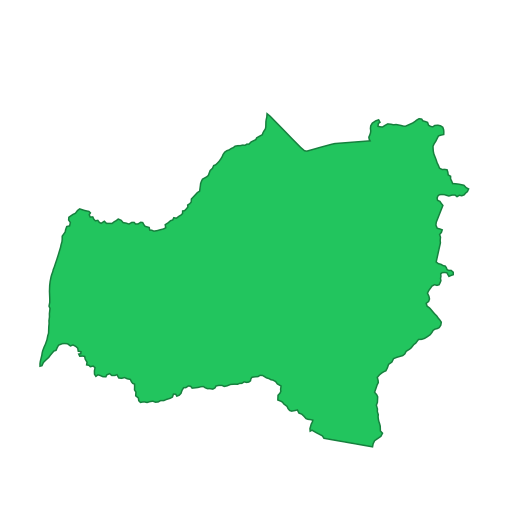 the district of Guaraí, Tocantins, Brazil, rotated 191°
{"feature_id": "56859067B33114689351252", "entity_name": "Guaraí", "entity_type": "district", "adm_level": 2, "iso_a3": "BRA", "parent_name": "Brazil", "parent_adm1": "Tocantins", "projection": "orthographic", "projection_center": [-48.435, -8.766], "detail": "fine", "context": "isolated", "style": "filled", "palette": "green", "viewbox_px": 512, "rotation_deg": 191, "n_neighbors": 0, "source": "geoboundaries", "source_scale": "gbopen_adm2", "svg_char_len": 6026}
<svg xmlns="http://www.w3.org/2000/svg" viewBox="0 0 512 512"><g transform="rotate(191 256 256)"><path d="M272.3,397.8L271.9,394.4L272.0,391.9L271.9,389.9L271.0,384.4L271.1,382.3L272.0,380.3L272.6,378.4L273.0,376.2L275.6,374.1L277.9,372.1L278.4,370.2L282.6,367.0L284.3,364.4L286.3,364.1L287.8,362.6L290.3,362.3L292.5,361.3L294.9,360.8L297.5,359.8L299.0,358.0L300.7,356.9L302.6,355.0L304.6,353.9L306.5,352.0L307.7,349.3L308.1,347.2L309.0,344.7L310.2,342.0L311.7,339.6L313.0,337.8L314.8,336.7L315.4,333.8L317.3,331.2L318.2,325.9L319.5,324.3L321.4,322.7L323.2,321.2L323.8,319.0L324.2,316.6L324.0,314.2L323.7,308.9L325.7,307.0L327.4,304.2L330.3,299.6L329.9,296.7L330.9,294.8L332.8,293.0L332.2,291.1L333.4,288.9L334.8,286.8L336.6,286.2L336.2,283.7L337.4,281.9L339.2,280.3L341.4,277.9L344.0,277.9L344.6,275.5L346.6,274.4L348.7,271.7L351.1,269.4L350.0,266.5L352.1,264.8L354.8,263.6L357.7,262.1L361.0,260.9L363.3,261.4L365.2,261.1L366.3,263.6L370.6,264.0L372.2,265.5L373.6,267.2L375.6,267.1L377.8,265.0L380.4,264.4L381.9,265.7L384.3,265.3L386.8,263.1L389.9,263.5L392.8,263.4L395.2,265.3L398.3,266.0L400.1,263.9L401.7,262.6L403.5,260.5L409.0,259.5L411.5,261.2L414.3,258.5L416.2,259.1L418.1,260.8L420.4,259.9L422.1,261.0L423.7,263.2L426.2,262.6L427.6,264.7L426.8,266.7L428.5,267.9L430.8,267.9L433.0,268.0L438.1,268.6L439.9,266.6L441.4,263.5L443.6,261.9L445.0,260.5L447.1,258.3L446.8,255.6L444.6,253.4L444.7,250.0L447.4,248.8L447.9,245.6L447.9,243.1L450.0,238.5L449.4,235.2L449.2,233.0L449.5,229.6L449.5,227.3L450.3,219.3L450.9,214.2L451.4,210.6L451.9,206.6L452.4,204.1L452.5,201.7L453.0,198.8L453.2,196.5L453.2,191.7L452.9,187.7L452.0,182.0L450.2,174.3L449.6,171.0L449.6,167.3L448.2,165.2L447.8,160.0L447.1,156.7L446.9,153.1L446.2,150.1L445.9,146.9L444.9,140.6L445.2,138.0L445.2,133.9L445.9,129.1L446.6,126.3L447.3,122.2L447.4,119.9L447.3,117.8L447.6,111.4L447.5,109.1L447.0,106.6L445.2,107.5L444.4,110.9L442.5,113.7L440.1,116.9L439.0,119.3L437.5,122.0L436.2,124.2L434.3,125.2L433.7,128.0L432.8,130.8L429.4,133.0L427.0,133.6L424.3,133.9L421.0,132.3L418.7,133.8L415.5,132.8L413.4,131.5L412.3,128.6L409.6,128.7L409.3,126.7L411.3,125.9L409.9,124.0L407.1,124.7L405.0,124.7L404.0,122.2L401.6,119.5L401.5,116.8L399.1,116.8L397.5,115.7L394.9,116.9L392.7,115.7L392.7,112.4L392.0,109.2L390.2,107.3L388.5,109.2L386.4,109.0L383.2,108.3L380.3,108.8L379.8,110.8L377.3,112.6L374.8,111.2L371.7,111.8L369.9,113.0L367.4,110.1L364.6,110.3L361.8,111.6L359.0,110.9L355.8,110.9L354.3,108.8L352.7,107.4L350.8,107.1L350.2,104.4L349.7,101.4L347.9,99.5L347.4,95.8L344.4,94.2L343.5,91.6L341.5,90.2L339.6,91.0L337.6,91.5L335.0,91.4L332.6,92.7L329.6,93.8L326.8,93.3L324.1,94.1L322.2,95.8L318.9,96.5L316.6,98.1L313.2,99.9L311.1,101.6L310.7,104.7L308.4,105.0L307.0,103.3L304.8,104.7L303.4,106.9L303.0,110.0L301.9,112.9L299.8,113.4L297.5,115.6L295.2,115.6L293.5,114.1L290.9,114.9L287.8,115.9L285.1,117.2L282.7,117.8L280.8,117.0L278.3,116.5L276.1,117.0L273.0,117.1L271.1,118.7L270.4,120.8L267.8,121.9L264.7,122.5L262.3,121.9L259.7,123.0L256.4,125.1L252.6,126.1L249.6,126.6L247.8,127.8L245.6,128.3L243.6,130.2L241.1,130.1L239.0,130.9L237.6,132.4L237.6,134.5L236.8,136.2L233.7,137.3L231.0,138.0L229.3,139.6L226.7,140.0L222.5,138.4L219.7,138.1L217.8,137.4L215.6,137.4L212.8,136.5L210.6,134.5L206.6,133.2L206.4,129.8L205.8,127.9L206.3,125.9L207.8,123.5L207.1,118.8L203.8,118.2L202.0,117.5L200.5,116.1L196.8,114.3L195.4,112.3L193.5,110.8L191.5,110.5L188.1,111.8L186.0,112.8L183.9,110.0L180.9,109.5L178.4,107.9L175.8,105.9L173.7,105.6L171.4,105.8L168.9,105.7L169.0,103.8L169.7,101.6L170.1,96.8L169.4,94.4L167.8,95.7L162.9,94.0L160.1,93.2L156.5,92.1L154.5,90.0L105.2,90.9L105.2,94.1L104.3,97.4L99.0,102.8L98.0,106.2L100.5,108.0L101.6,112.7L102.8,115.2L103.9,117.1L104.8,119.3L105.5,121.5L105.7,123.6L107.2,126.3L107.6,129.0L109.4,132.5L108.9,135.5L109.7,141.0L111.1,142.9L113.6,144.9L112.9,149.6L112.5,152.7L111.8,155.0L112.4,157.1L113.8,160.0L112.0,163.1L110.3,165.1L108.5,166.8L106.6,168.1L105.7,171.3L105.2,174.9L102.4,177.8L101.4,181.5L98.3,183.5L93.0,186.2L91.3,188.2L90.4,191.1L87.4,193.9L86.1,195.5L84.2,199.2L82.6,200.9L81.4,203.4L80.5,205.1L77.5,205.8L74.8,207.3L72.4,209.5L70.0,212.0L68.7,214.6L67.9,216.9L66.3,218.4L64.1,219.4L62.5,220.7L61.4,223.4L61.5,226.4L63.4,228.3L65.5,230.0L67.2,231.7L69.5,233.2L71.9,235.1L74.1,236.9L75.7,238.1L78.5,239.4L79.9,242.0L77.9,244.3L77.5,246.9L78.6,249.5L80.6,252.2L79.8,255.1L77.5,260.1L75.3,261.9L72.8,261.7L70.8,262.7L70.2,264.9L69.8,267.0L70.6,269.2L70.6,271.3L71.3,273.8L70.0,275.2L67.7,275.8L65.5,276.0L62.7,272.8L61.0,274.0L58.8,275.3L59.3,277.7L61.8,279.1L64.0,278.6L65.9,279.1L66.9,280.8L68.3,282.2L70.6,282.3L72.7,283.1L75.6,283.3L78.0,284.5L77.5,304.1L78.2,306.5L78.5,309.7L79.9,312.1L78.5,314.5L78.2,317.2L80.5,317.6L83.4,317.8L85.3,320.6L85.5,323.6L82.2,341.3L84.1,342.9L85.9,344.7L88.4,345.3L89.3,347.4L88.9,349.7L87.6,351.2L85.3,351.8L82.7,352.2L80.4,351.9L78.1,351.7L75.2,353.2L72.2,353.8L70.0,352.6L68.0,354.4L65.5,354.4L63.3,355.8L62.3,357.7L60.8,359.5L60.1,362.4L62.8,363.2L65.4,365.1L68.3,365.2L70.4,365.2L72.3,365.1L74.7,364.9L76.8,364.6L78.1,366.7L79.7,368.8L80.2,371.4L82.8,372.3L83.7,374.9L84.9,377.1L87.4,377.0L89.7,376.4L92.6,377.2L94.3,379.8L96.0,382.0L97.3,384.4L98.9,387.0L100.9,390.1L102.0,392.8L102.7,395.4L103.2,397.5L102.5,400.3L101.4,403.0L100.5,406.3L99.8,408.7L97.4,410.0L94.9,411.1L95.3,413.6L95.9,415.7L97.2,418.0L99.6,419.0L102.4,419.1L105.5,418.2L107.1,416.5L109.2,416.5L111.6,417.3L113.1,419.9L115.6,420.3L118.0,420.5L119.5,422.0L122.1,421.9L124.3,420.0L125.5,418.5L127.5,416.5L134.2,411.8L136.3,411.6L138.3,411.8L143.5,411.8L146.1,411.0L148.4,411.1L151.9,410.8L154.3,408.8L156.5,406.7L159.0,406.5L161.0,406.6L161.2,409.4L159.8,410.9L161.6,413.1L164.3,411.5L167.2,408.6L168.2,405.7L168.0,403.0L167.2,400.6L167.1,398.5L167.4,396.4L167.9,394.2L167.2,392.3L166.0,390.8L200.1,381.4L203.1,380.1L214.3,374.6L219.0,372.2L226.2,368.6L228.6,368.6L232.9,371.1L243.3,378.2L253.6,385.4L264.2,392.7L267.2,394.8L269.0,396.0L272.3,397.8Z" fill="#22c55e" stroke="#15803d" stroke-width="1.5"/></g></svg>